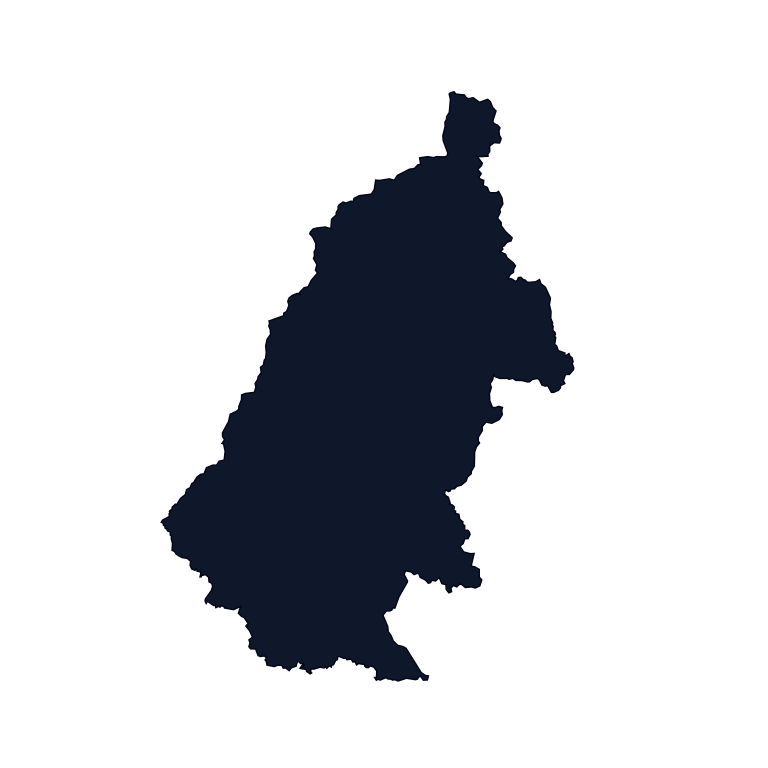 outline of El Chaco, Napo, Ecuador, rotated 105°
{"feature_id": "8360857B77920880428732", "entity_name": "El Chaco", "entity_type": "district", "adm_level": 2, "iso_a3": "ECU", "parent_name": "Ecuador", "parent_adm1": "Napo", "projection": "mercator", "projection_center": [-77.649, -0.244], "detail": "fine", "context": "isolated", "style": "filled", "palette": "ink", "viewbox_px": 768, "rotation_deg": 105, "n_neighbors": 0, "source": "geoboundaries", "source_scale": "gbopen_adm2", "svg_char_len": 6157}
<svg xmlns="http://www.w3.org/2000/svg" viewBox="0 0 768 768"><g transform="rotate(105 384 384)"><path d="M102.1,347.0L91.3,346.5L88.8,350.6L83.7,354.4L82.2,357.5L87.2,364.6L84.4,372.0L86.7,376.6L85.9,379.1L84.0,381.1L85.4,389.6L83.6,392.0L85.7,395.3L87.0,396.1L91.9,393.5L104.7,391.2L109.7,392.7L112.5,392.1L115.3,392.9L119.5,391.6L128.9,391.4L133.6,389.8L144.4,382.1L147.5,382.1L149.0,384.3L150.8,392.1L152.5,394.6L153.1,400.6L156.3,408.1L162.3,405.5L163.5,408.0L168.0,410.4L169.9,414.9L179.1,425.1L184.6,426.8L184.5,431.9L188.5,440.8L189.2,444.8L198.9,443.7L203.9,445.4L208.5,456.6L212.5,461.0L216.4,461.1L215.9,463.1L219.1,467.7L218.8,470.6L222.6,473.7L224.4,474.3L226.9,473.5L230.7,474.5L233.1,473.9L238.4,477.3L247.7,475.5L247.6,481.4L250.6,489.0L252.5,492.5L256.4,494.5L258.2,494.5L260.5,490.9L265.9,486.2L271.8,484.9L274.2,485.7L278.3,484.3L281.0,484.6L286.0,479.7L291.7,479.7L294.0,476.9L302.8,481.1L309.8,482.5L311.6,486.0L317.2,489.1L319.6,488.1L318.6,490.0L319.1,491.4L322.1,495.5L325.6,498.0L329.1,498.3L332.6,496.1L339.2,496.9L341.5,499.1L344.0,498.5L352.9,511.4L355.2,510.2L357.8,510.3L360.8,508.0L365.4,506.4L371.1,508.5L377.9,508.1L384.2,505.8L390.2,505.0L392.0,505.8L397.0,505.4L399.8,507.6L404.9,505.5L409.4,507.4L412.4,507.2L416.9,508.6L420.0,507.0L425.6,507.0L429.1,515.6L431.4,518.7L435.9,517.6L443.3,518.4L445.9,517.7L448.4,519.3L453.0,524.7L460.6,524.4L473.1,527.4L476.3,526.4L479.2,523.6L483.2,525.1L483.6,523.3L490.1,520.0L498.8,518.7L501.3,523.3L505.8,524.7L506.6,528.2L510.8,533.8L517.4,534.6L518.7,537.7L522.2,540.5L528.5,542.4L529.9,543.9L534.3,544.4L537.2,547.4L542.2,547.2L547.1,550.9L554.1,553.0L554.1,554.4L557.8,556.7L559.5,556.3L562.4,558.3L563.4,557.3L564.7,558.0L567.6,557.1L572.8,562.7L575.2,563.3L575.6,561.2L577.6,560.4L577.7,559.0L580.0,558.0L580.3,556.2L581.9,555.2L582.3,552.0L585.1,551.4L586.4,549.5L588.1,549.6L592.7,547.0L599.6,545.6L599.8,543.1L602.0,540.8L602.9,538.3L603.9,533.8L603.3,529.1L605.2,524.9L609.3,524.4L612.4,521.8L612.9,518.3L610.8,517.9L611.4,516.7L613.2,516.1L612.8,513.2L614.4,511.8L617.9,511.8L617.7,510.8L616.2,510.6L614.3,507.1L616.1,503.3L620.4,501.8L621.1,498.8L623.8,497.1L628.2,497.3L638.0,500.9L640.0,500.6L641.9,499.0L639.5,498.2L642.0,491.4L641.1,490.2L643.5,488.5L641.7,486.4L641.9,484.6L640.1,483.6L640.6,480.7L641.6,480.1L640.9,471.0L635.9,464.9L643.1,465.3L645.4,461.3L645.6,458.9L650.2,453.6L651.7,453.0L652.3,454.3L653.7,454.7L657.1,450.0L662.5,445.5L666.1,448.2L668.7,446.4L672.7,446.5L674.3,444.4L673.2,439.4L678.9,435.3L679.2,432.9L677.6,429.1L679.2,426.5L681.4,427.4L682.5,425.8L685.8,424.2L685.3,416.8L683.3,414.2L682.4,411.0L682.6,409.4L684.5,407.8L683.7,405.5L685.4,401.4L682.2,400.1L679.2,395.9L675.1,395.9L674.0,394.7L675.6,392.2L674.7,390.9L675.6,388.5L676.7,388.6L676.4,390.2L680.4,391.4L679.9,385.2L681.6,384.4L683.1,380.3L681.8,379.1L680.4,380.7L677.6,380.5L677.8,378.5L674.0,372.3L673.8,368.4L672.3,367.6L673.4,365.7L670.2,363.8L671.0,361.7L668.8,361.6L668.2,360.1L663.6,359.2L662.2,357.7L659.5,358.1L658.7,357.2L659.4,351.7L658.8,349.7L659.9,348.3L658.1,344.5L660.6,342.1L659.8,340.0L662.4,337.8L660.6,336.3L659.9,329.1L661.4,329.7L662.4,328.0L662.1,325.9L659.7,324.1L660.2,320.4L663.1,316.7L669.3,315.3L670.0,317.0L672.1,314.7L670.8,313.6L670.9,310.9L667.1,306.3L667.8,303.8L667.2,300.0L667.8,299.4L666.8,296.8L667.2,293.5L662.4,286.2L661.4,277.0L660.3,275.2L657.8,274.8L657.0,272.7L659.9,269.4L658.6,265.5L654.5,265.6L654.8,268.8L653.1,273.4L633.7,294.2L632.7,297.6L632.9,303.1L629.8,308.6L625.3,312.0L622.2,315.8L617.2,317.7L607.6,325.2L602.6,323.0L601.7,319.6L600.3,318.0L598.0,317.5L597.6,315.5L585.6,314.5L569.3,310.2L568.0,310.4L562.9,315.2L558.8,314.9L558.5,309.1L560.3,305.6L558.2,302.8L558.3,301.2L561.4,298.9L562.6,293.2L565.0,289.6L563.7,287.6L561.3,287.3L560.9,283.2L556.6,280.6L561.8,276.5L561.8,272.1L566.2,270.8L568.9,267.3L567.1,265.0L563.7,266.6L560.6,264.8L561.1,261.2L558.4,259.7L557.3,257.5L559.5,252.8L557.3,246.8L557.4,243.0L554.1,239.2L547.9,238.9L545.9,242.0L538.4,244.0L537.1,249.2L537.3,252.7L524.4,253.1L525.6,256.9L525.6,263.6L521.8,267.9L520.4,268.3L517.7,266.3L512.5,265.9L511.6,262.8L507.0,262.0L505.1,263.1L503.6,265.3L504.5,268.3L500.1,269.3L498.7,272.0L496.7,272.1L495.1,275.9L490.5,277.9L490.5,281.5L488.2,282.0L488.1,283.9L484.6,284.2L483.2,286.4L483.3,288.4L476.7,292.6L475.8,295.9L473.9,297.3L470.3,297.2L471.2,293.9L470.3,292.5L468.1,292.1L466.9,288.8L463.8,287.1L461.9,283.4L456.4,279.5L452.3,279.4L448.1,276.5L445.9,277.1L439.9,275.5L426.2,278.9L420.5,278.4L416.2,276.5L414.7,278.2L411.1,279.2L403.6,277.0L399.5,278.1L394.4,275.6L394.0,269.7L388.5,263.5L383.0,261.8L378.9,263.5L376.0,263.5L375.9,267.5L377.9,270.2L378.6,273.2L372.8,277.5L366.1,279.7L359.6,279.4L356.2,281.6L352.1,280.2L346.9,280.5L348.1,278.7L348.6,273.5L346.6,266.3L347.1,264.6L345.1,260.8L346.4,257.8L344.9,251.7L344.9,246.1L344.1,243.9L341.2,241.9L338.9,237.2L339.5,235.3L344.2,231.0L344.3,227.7L343.2,225.4L348.7,220.2L348.3,218.2L344.9,213.9L342.1,212.6L339.9,213.1L336.8,209.5L334.4,211.6L327.9,211.2L326.7,207.4L321.2,204.7L319.3,204.9L315.4,207.6L313.7,207.1L310.0,209.1L309.1,211.5L306.8,213.2L309.7,215.9L309.2,216.9L307.3,217.2L306.7,224.3L302.6,227.1L301.5,229.4L294.6,230.2L293.6,231.7L291.6,231.3L290.0,232.2L288.5,234.9L284.4,235.6L283.2,237.1L281.6,236.8L277.3,240.0L270.9,241.4L264.6,244.8L258.2,245.4L248.8,253.1L246.5,258.5L242.9,260.8L246.0,263.9L248.3,270.2L248.5,272.8L247.2,274.0L247.1,276.5L245.5,279.4L246.4,281.7L249.7,282.2L250.8,283.4L249.4,288.6L250.0,291.5L245.5,290.4L242.7,287.9L239.5,288.5L235.9,287.6L233.6,290.4L230.1,298.0L227.3,300.1L226.1,305.9L223.0,304.1L220.7,305.7L219.8,303.9L215.4,302.0L212.8,298.3L209.6,298.1L205.3,306.1L200.8,311.7L197.7,312.7L194.4,317.3L188.0,316.1L185.2,317.4L179.4,315.8L173.8,318.2L168.3,323.2L170.1,324.8L171.7,330.7L171.0,332.6L167.5,334.9L166.6,339.5L161.5,340.4L161.2,343.8L159.9,345.9L155.7,344.5L152.5,349.0L147.9,346.4L145.3,346.2L140.3,352.7L137.1,342.5L135.0,343.1L131.9,342.1L126.8,343.6L122.4,340.2L121.3,334.8L118.2,334.4L116.3,334.5L113.9,336.9L109.8,338.5L106.6,338.3L104.6,341.2L104.0,345.1L102.1,347.0Z" fill="#0f172a" stroke="#020617" stroke-width="1.5"/></g></svg>